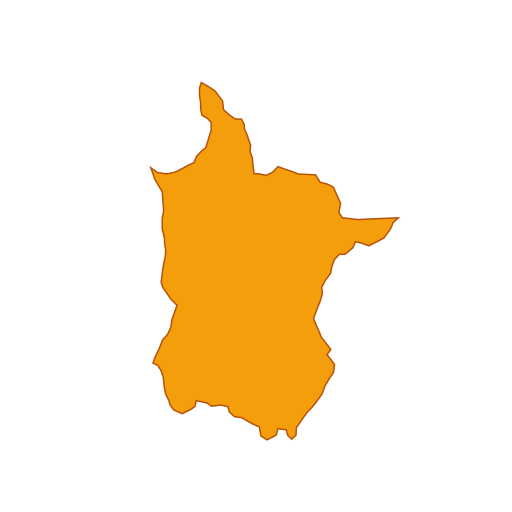 outline of Esperança, Paraíba, Brazil, rotated 243°
{"feature_id": "56859067B22876430422042", "entity_name": "Esperança", "entity_type": "district", "adm_level": 2, "iso_a3": "BRA", "parent_name": "Brazil", "parent_adm1": "Paraíba", "projection": "robinson", "projection_center": [-35.884, -7.007], "detail": "fine", "context": "isolated", "style": "filled", "palette": "amber", "viewbox_px": 512, "rotation_deg": 243, "n_neighbors": 0, "source": "geoboundaries", "source_scale": "gbopen_adm2", "svg_char_len": 1934}
<svg xmlns="http://www.w3.org/2000/svg" viewBox="0 0 512 512"><g transform="rotate(243 256 256)"><path d="M427.8,291.0L435.4,286.0L431.1,281.8L424.5,278.5L417.9,276.3L411.6,273.3L405.8,271.7L400.9,275.1L395.5,276.7L388.6,273.3L381.9,266.8L375.5,260.6L374.1,254.7L371.7,248.1L367.4,243.2L367.6,237.0L367.4,229.3L367.4,221.8L369.7,213.7L375.0,206.2L382.4,202.3L369.7,200.7L355.9,201.6L338.1,194.2L332.1,189.5L322.5,184.7L313.8,182.6L309.1,180.5L302.5,178.3L296.7,174.9L288.3,168.1L275.7,159.6L270.5,158.7L263.0,159.7L255.5,160.7L248.0,163.3L242.9,157.9L237.5,152.2L230.9,147.6L226.2,141.4L223.7,134.8L216.9,127.0L211.5,119.9L207.3,115.6L203.1,118.9L196.3,119.3L190.1,118.3L185.4,116.5L178.8,114.1L173.6,112.8L167.1,112.8L162.2,111.8L156.1,112.8L149.0,118.7L148.8,127.6L149.6,133.3L154.2,137.1L147.2,145.7L142.3,148.2L139.4,156.6L134.6,162.5L129.1,161.5L122.6,163.9L118.7,169.6L112.7,173.6L107.5,177.0L102.2,181.5L93.5,178.6L87.2,182.3L87.2,192.6L92.2,197.2L87.3,204.1L81.8,202.8L76.6,204.7L78.2,210.3L84.7,214.0L90.5,224.8L93.8,231.4L95.9,237.6L98.5,243.4L103.2,252.2L109.1,258.8L114.0,266.5L117.0,272.1L123.6,276.7L129.9,275.7L135.9,274.5L138.7,280.2L147.6,278.6L153.9,277.3L160.8,278.0L166.8,278.3L174.2,278.9L181.4,286.7L187.0,293.1L192.5,298.1L198.3,300.3L202.7,306.6L206.8,314.7L212.3,318.9L217.2,324.2L219.7,331.0L217.1,336.0L219.3,345.9L223.5,351.2L219.0,356.5L213.9,361.1L213.8,371.6L214.1,378.3L216.6,383.3L219.1,388.2L223.5,393.4L225.4,400.2L239.6,369.2L241.8,364.0L250.8,350.4L257.1,349.6L264.4,355.2L275.1,355.8L282.2,356.2L287.7,352.2L292.7,346.6L301.2,345.9L305.8,338.1L309.8,331.0L315.0,326.4L320.3,321.1L325.7,316.1L323.2,309.3L323.2,301.8L327.4,296.5L330.4,291.7L338.6,294.7L345.2,297.3L351.7,298.1L357.2,301.5L362.4,302.2L368.1,303.1L373.6,303.2L378.6,305.2L384.5,305.2L387.5,299.7L393.8,296.3L401.2,293.5L409.4,296.6L416.3,295.3L421.4,294.5L427.8,291.0Z" fill="#f59e0b" stroke="#b45309" stroke-width="1.5"/></g></svg>